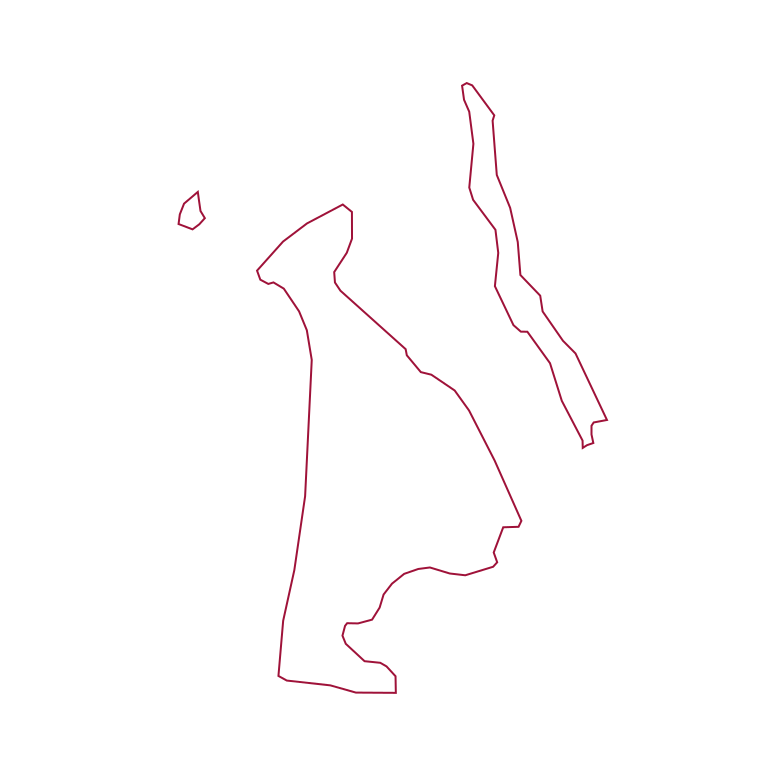 outline of Dukes, Massachusetts, United States of America, rotated 98°
{"feature_id": "52423323B80423316533974", "entity_name": "Dukes", "entity_type": "district", "adm_level": 2, "iso_a3": "USA", "parent_name": "United States of America", "parent_adm1": "Massachusetts", "projection": "albers", "projection_center": [-70.705, 41.388], "detail": "fine", "context": "isolated", "style": "outline", "palette": "rose", "viewbox_px": 768, "rotation_deg": 98, "n_neighbors": 0, "source": "geoboundaries", "source_scale": "gbopen_adm2", "svg_char_len": 1399}
<svg xmlns="http://www.w3.org/2000/svg" viewBox="0 0 768 768"><g transform="rotate(98 384 384)"><path d="M218.1,439.7L212.0,449.8L235.7,482.6L257.0,503.8L289.4,525.5L297.9,521.0L301.0,512.5L298.8,507.6L303.5,496.5L323.9,478.2L341.5,467.9L370.2,458.9L506.1,446.5L580.8,446.9L632.5,450.9L687.8,447.9L691.2,439.0L689.9,395.2L693.5,368.9L688.2,329.3L671.8,331.9L663.3,342.2L660.6,348.9L661.2,364.7L646.6,385.7L639.0,390.1L628.9,388.9L626.0,387.2L624.7,376.4L619.0,363.0L606.0,357.2L592.5,355.1L580.6,348.3L569.2,337.6L562.4,324.3L559.3,313.0L562.5,292.5L562.1,276.9L549.8,250.5L544.8,247.1L535.6,251.9L509.3,246.0L506.7,230.9L500.4,228.9L444.4,263.8L398.4,296.1L380.6,313.1L368.2,338.4L367.1,349.2L352.4,365.4L346.5,367.4L297.7,440.1L290.3,446.7L280.1,448.9L259.2,439.1L244.5,435.9L218.1,439.7ZM388.6,158.2L327.1,198.6L316.3,212.8L290.1,237.0L274.8,241.6L257.1,264.1L224.8,271.3L192.0,283.6L161.3,301.4L135.9,307.0L108.1,313.1L102.6,312.2L76.0,338.2L74.5,344.0L77.7,348.2L91.4,344.3L102.5,337.5L133.7,328.9L177.6,326.9L189.2,321.4L215.8,295.1L238.3,289.1L271.7,287.8L307.7,264.0L313.1,255.8L312.3,249.3L340.3,222.5L375.9,205.6L412.4,179.5L419.6,178.3L416.3,174.4L413.3,168.5L405.1,171.5L396.5,172.7L392.9,171.0L388.6,158.2ZM226.8,593.1L219.7,595.1L233.2,607.1L244.4,609.8L254.2,609.7L257.5,595.1L251.5,589.1L244.7,584.5L238.2,589.8L226.8,593.1Z" fill="none" stroke="#9f1239" stroke-width="2"/></g></svg>